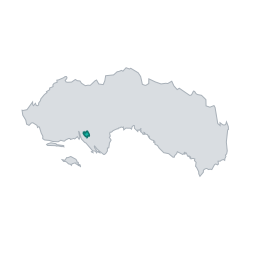 location of Flen, Södermanland, Sweden, rotated 71°
{"feature_id": "70781695B18684833515036", "entity_name": "Flen", "entity_type": "district", "adm_level": 2, "iso_a3": "SWE", "parent_name": "Sweden", "parent_adm1": "Södermanland", "projection": "robinson", "projection_center": [16.701, 59.078], "detail": "fine", "context": "in_parent", "style": "filled", "palette": "teal", "viewbox_px": 256, "rotation_deg": 71, "n_neighbors": 0, "source": "geoboundaries", "source_scale": "gbopen_adm2", "svg_char_len": 4403}
<svg xmlns="http://www.w3.org/2000/svg" viewBox="0 0 256 256"><g transform="rotate(71 128 128)"><path d="M61.5,170.0L62.4,171.9L64.3,171.6L65.1,170.3L66.2,166.4L65.0,162.0L66.8,160.5L67.9,158.1L70.6,157.4L74.1,154.6L74.5,151.9L75.4,149.8L72.6,143.7L72.4,142.1L76.9,141.3L78.9,137.3L75.9,134.6L71.3,132.1L73.1,124.3L71.3,120.0L71.6,118.2L71.4,115.4L72.6,114.3L70.4,110.2L72.7,107.4L72.4,106.0L79.1,100.4L83.4,99.3L91.4,100.2L93.3,97.9L93.4,96.7L92.7,93.9L88.3,92.3L93.3,87.2L97.1,82.4L98.0,77.8L98.9,75.9L98.0,71.4L103.1,70.9L107.7,69.0L107.1,66.6L117.2,59.1L117.5,57.7L116.7,56.4L114.4,54.1L115.1,53.1L117.7,52.5L119.0,51.4L121.0,47.9L126.5,45.1L132.5,47.0L135.0,43.8L134.8,39.4L137.0,39.0L153.0,41.7L155.7,40.1L152.9,39.3L155.6,37.5L156.4,36.4L156.6,35.2L156.5,34.5L154.2,32.9L159.2,32.7L162.0,33.4L162.3,34.4L173.3,39.6L181.9,41.6L184.5,43.1L185.4,44.7L186.8,44.7L188.4,46.3L190.1,47.1L188.8,48.1L188.9,50.5L189.4,51.6L188.7,53.7L191.5,54.2L192.0,55.4L190.6,56.7L190.8,58.1L194.6,62.3L193.7,63.7L193.5,65.4L191.9,66.7L191.7,68.0L192.1,69.7L192.7,70.6L194.3,71.1L197.1,75.7L194.4,76.0L192.3,75.4L187.5,76.0L186.3,76.6L182.6,74.8L180.5,75.8L179.0,74.9L177.9,76.4L177.7,78.5L175.9,78.3L176.6,79.1L174.2,79.3L174.1,79.7L174.6,80.2L173.9,80.8L170.6,81.0L170.2,81.7L171.2,82.4L171.2,82.9L169.1,82.2L170.5,83.7L170.9,84.8L166.5,89.1L168.0,90.3L169.3,92.8L170.7,93.9L170.1,95.1L165.5,97.9L163.0,102.2L157.2,105.1L154.1,105.8L152.2,107.8L149.8,107.2L149.8,108.4L148.3,107.6L147.0,109.5L144.9,111.0L142.6,110.7L142.4,111.0L143.1,111.4L140.4,111.8L139.6,113.4L137.7,113.9L137.3,114.4L139.3,114.5L138.9,115.8L136.7,116.4L135.8,117.2L134.8,117.2L135.0,116.6L133.5,116.6L133.0,115.9L132.7,116.1L133.8,118.2L133.0,119.1L134.5,119.9L130.3,122.0L127.8,121.2L127.4,121.8L128.0,123.6L130.2,125.0L128.9,125.9L127.4,130.1L128.4,132.6L125.5,132.1L125.7,133.0L124.8,134.2L125.2,135.8L124.9,136.9L125.6,137.8L125.2,138.3L125.6,142.9L126.5,144.8L126.2,146.4L127.4,147.2L129.9,147.4L130.7,148.7L133.9,147.9L136.1,150.4L140.5,152.6L140.3,154.0L143.0,155.0L144.6,157.0L145.3,158.6L145.1,159.6L140.8,162.4L137.5,164.2L134.1,165.4L134.3,165.8L136.0,166.0L140.1,164.7L141.3,165.8L139.1,166.4L138.6,168.0L137.7,169.0L128.6,172.6L127.4,173.7L123.3,175.6L115.9,175.4L114.8,175.8L121.2,176.6L122.7,177.9L119.7,178.7L121.0,181.9L120.2,182.7L120.1,186.2L119.0,186.3L118.6,187.7L119.1,191.2L119.7,192.2L119.4,193.2L117.7,195.6L118.3,198.5L116.2,203.6L114.0,206.7L112.2,210.7L110.3,212.1L108.0,211.2L104.6,211.7L98.5,211.5L97.7,211.9L98.1,213.4L95.9,213.2L92.0,216.3L91.8,217.8L93.3,220.7L91.4,222.6L87.2,222.1L81.6,223.3L76.7,222.4L77.3,221.4L77.8,217.5L72.3,209.7L75.0,210.5L76.1,210.1L74.5,207.5L76.8,207.4L77.5,206.4L77.1,205.0L75.3,204.3L73.7,202.0L72.0,200.8L69.2,196.2L68.1,193.0L67.1,193.3L66.3,189.6L64.7,189.1L64.5,185.4L62.8,185.0L61.7,183.3L61.7,180.1L59.6,179.7L59.9,178.1L59.5,172.5L58.9,170.7L59.4,169.4L60.5,169.3L61.5,170.0ZM146.7,187.4L145.8,187.7L145.3,188.7L143.8,189.2L143.6,192.5L144.9,193.7L143.6,194.2L142.6,195.9L140.2,197.1L139.2,198.2L138.6,199.8L136.5,200.6L138.0,198.2L136.0,195.5L136.5,194.5L136.3,191.4L140.7,187.4L142.8,187.0L143.7,187.4L144.1,186.4L144.7,186.2L146.7,187.4ZM118.3,209.7L117.2,210.4L116.8,209.4L116.9,205.7L119.4,201.2L120.5,200.9L123.5,194.9L123.8,194.5L124.9,194.8L124.1,195.4L124.2,196.4L122.3,199.7L121.7,201.7L121.1,202.3L118.3,209.7ZM147.6,186.1L147.4,187.0L146.3,186.3L147.3,185.3L149.5,185.5L147.6,186.1ZM142.2,162.8L140.8,164.2L140.5,163.7L140.8,163.0L142.2,162.8ZM139.1,170.1L138.4,170.2L138.9,169.3L139.9,169.1L139.1,170.1Z" fill="#d9dde1" stroke="#a8b0b8" stroke-width="1"/><path d="M117.9,167.5L117.7,167.9L117.7,168.5L117.9,168.7L118.2,168.9L118.3,169.0L118.3,169.5L118.5,169.7L118.8,169.7L118.8,170.0L118.5,170.2L118.3,170.3L118.2,170.5L117.9,170.6L118.2,170.8L118.3,170.9L118.2,171.2L117.5,171.3L117.5,171.5L117.9,171.6L118.4,171.9L118.6,172.0L118.8,172.0L118.9,171.9L119.1,171.9L119.5,171.8L119.8,171.7L120.1,171.6L120.6,171.6L120.7,171.4L120.9,171.2L121.4,171.0L121.9,171.1L122.2,171.0L122.3,170.7L122.4,170.3L122.8,170.0L123.2,169.8L123.7,169.8L123.5,169.4L123.3,169.3L123.0,169.1L122.8,169.0L122.5,168.8L122.4,168.5L122.6,168.2L122.4,168.0L122.5,167.7L122.9,167.3L122.8,167.2L122.5,167.0L121.9,166.9L121.6,166.8L120.9,166.8L120.5,167.0L119.8,167.0L119.5,167.2L118.7,167.2L118.2,167.4L117.9,167.4L117.9,167.5Z" fill="#14b8a6" stroke="#0f766e" stroke-width="1.5"/></g></svg>